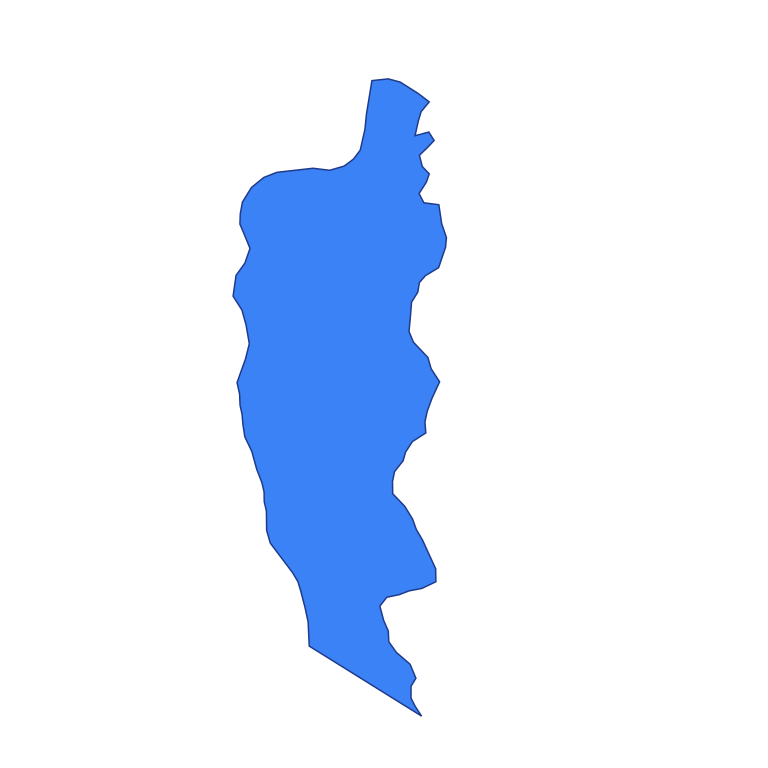 the district of Ivatuba, Paraná, Brazil, rotated 125°
{"feature_id": "56859067B29429577410082", "entity_name": "Ivatuba", "entity_type": "district", "adm_level": 2, "iso_a3": "BRA", "parent_name": "Brazil", "parent_adm1": "Paraná", "projection": "albers", "projection_center": [-52.183, -23.588], "detail": "fine", "context": "isolated", "style": "filled", "palette": "blue", "viewbox_px": 768, "rotation_deg": 125, "n_neighbors": 0, "source": "geoboundaries", "source_scale": "gbopen_adm2", "svg_char_len": 1491}
<svg xmlns="http://www.w3.org/2000/svg" viewBox="0 0 768 768"><g transform="rotate(125 384 384)"><path d="M127.0,508.8L126.4,522.3L127.4,543.9L131.6,555.5L142.4,567.9L155.3,561.7L173.1,553.1L186.3,545.7L206.1,537.6L217.3,538.0L228.3,541.6L240.1,551.1L248.0,565.9L272.0,593.1L283.7,600.9L299.0,605.3L316.2,604.3L327.1,599.3L335.7,593.7L340.8,585.5L349.8,571.5L364.8,567.3L379.9,567.5L398.6,558.0L404.9,542.8L414.8,530.8L428.3,517.4L443.0,511.8L456.2,508.2L467.1,505.2L475.1,496.5L484.0,489.7L490.2,482.9L498.1,476.3L507.1,467.7L515.0,453.7L526.9,439.3L534.8,427.5L541.1,420.4L549.1,414.6L555.6,407.4L571.2,396.2L579.6,385.8L584.4,371.0L591.0,350.6L595.3,341.1L601.3,333.5L612.2,320.7L622.4,309.7L641.6,294.9L634.5,162.7L630.2,173.5L625.8,181.7L616.1,188.5L606.7,189.1L598.6,201.9L596.8,219.9L592.4,232.2L583.9,238.8L577.9,248.6L568.3,260.0L557.1,259.4L547.7,250.6L539.3,245.0L529.7,235.7L516.2,228.1L505.7,235.7L497.6,249.6L489.7,263.0L484.6,274.2L478.3,283.0L472.3,296.8L468.9,313.9L459.0,321.1L449.7,325.1L435.9,324.3L427.4,327.3L414.8,327.7L400.1,321.7L391.6,328.7L381.7,332.9L368.1,336.5L350.3,339.7L344.5,354.1L337.1,363.3L332.9,383.8L326.7,393.6L311.6,402.2L301.1,408.4L289.4,409.0L280.6,413.2L271.4,412.2L257.4,406.0L236.7,412.0L228.3,416.8L219.6,428.7L205.7,441.9L212.7,455.3L207.9,464.5L194.3,465.1L185.9,467.5L183.9,477.4L176.3,486.2L166.4,484.2L155.8,482.6L151.9,491.8L162.8,501.0L149.2,506.6L139.7,509.8L127.0,508.8Z" fill="#3b82f6" stroke="#1e3a8a" stroke-width="1.5"/></g></svg>